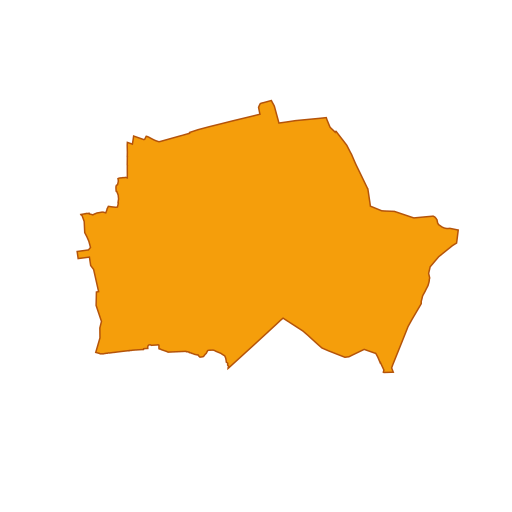 outline of Nunspeet, Gelderland, Netherlands, rotated 295°
{"feature_id": "6326949B93829064241629", "entity_name": "Nunspeet", "entity_type": "district", "adm_level": 2, "iso_a3": "NLD", "parent_name": "Netherlands", "parent_adm1": "Gelderland", "projection": "albers", "projection_center": [5.765, 52.337], "detail": "fine", "context": "isolated", "style": "filled", "palette": "amber", "viewbox_px": 512, "rotation_deg": 295, "n_neighbors": 0, "source": "geoboundaries", "source_scale": "gbopen_adm2", "svg_char_len": 5729}
<svg xmlns="http://www.w3.org/2000/svg" viewBox="0 0 512 512"><g transform="rotate(295 256 256)"><path d="M365.0,428.3L363.0,420.0L362.5,419.2L361.6,417.5L361.0,415.2L360.9,414.2L360.9,412.2L361.3,410.1L361.5,408.7L361.6,408.4L361.8,407.9L362.1,407.5L362.4,407.1L362.6,406.7L363.6,406.0L364.2,405.5L365.1,404.9L365.4,404.6L365.6,404.1L366.0,403.6L366.8,401.9L366.9,401.5L367.0,399.7L365.4,397.0L364.5,395.4L357.3,383.1L357.2,382.8L356.9,380.3L355.4,366.9L354.9,362.5L351.2,353.7L350.1,350.8L349.6,340.3L349.5,338.6L352.3,336.8L362.3,330.2L364.2,328.9L364.2,328.7L365.1,327.6L374.9,315.6L380.8,308.3L382.6,306.2L388.5,299.6L389.8,297.8L394.7,291.5L397.8,285.6L398.8,283.6L402.7,276.1L402.8,275.8L402.7,275.7L402.0,275.0L401.8,275.1L403.8,269.2L404.1,268.6L404.8,267.8L409.5,262.7L411.1,261.2L408.2,256.4L395.4,234.6L390.6,227.4L386.2,220.6L399.2,209.6L399.8,209.0L401.1,207.3L401.7,206.4L403.4,204.2L397.9,197.7L397.4,197.0L396.0,195.5L393.9,195.4L391.8,195.5L387.4,198.7L386.2,199.7L382.2,194.8L368.5,177.6L361.1,168.5L353.6,159.2L346.0,150.1L339.9,143.6L339.2,144.0L319.3,120.8L319.0,120.4L318.6,119.8L318.5,119.5L318.2,117.1L318.1,115.4L318.1,114.5L318.1,114.1L318.2,111.7L318.4,108.3L318.3,106.8L318.2,106.1L318.1,105.9L314.8,105.8L314.4,105.5L314.1,105.2L313.0,94.4L309.1,95.6L305.1,96.7L304.9,94.2L304.6,91.4L302.1,92.4L295.6,95.6L292.2,97.1L291.8,97.4L291.7,97.3L290.8,97.8L285.7,100.1L284.1,100.8L283.9,101.1L283.7,101.1L280.9,102.4L277.7,103.9L275.2,105.1L273.1,106.0L272.5,106.3L272.5,106.2L272.3,105.7L272.1,104.6L272.0,104.3L271.8,104.1L271.5,103.8L271.4,103.5L271.0,102.8L270.8,102.2L270.2,101.5L269.7,100.5L269.0,99.4L268.3,98.6L267.9,98.3L267.8,98.2L266.4,99.2L265.4,99.6L265.1,99.8L264.4,99.9L263.5,100.1L262.4,100.3L261.9,100.3L261.7,100.1L261.3,99.7L261.1,99.6L260.0,99.7L259.0,100.1L258.5,100.3L255.7,101.8L255.5,102.1L255.6,102.6L254.7,103.5L254.2,104.1L253.7,104.6L253.3,105.0L252.9,105.4L249.5,107.4L249.0,107.5L246.4,108.3L246.5,108.4L245.4,109.0L243.5,109.4L241.8,109.7L241.3,109.0L241.0,108.5L240.8,108.1L239.5,104.2L238.7,101.4L238.6,101.2L237.5,101.2L235.8,101.1L234.6,101.4L231.6,101.6L231.2,99.1L231.1,98.7L230.5,97.6L228.6,94.9L228.0,94.0L227.6,93.5L227.2,93.1L226.5,92.6L225.7,91.7L225.0,91.3L224.3,90.7L224.3,90.2L224.1,89.2L224.0,88.5L223.8,87.9L223.7,87.7L223.6,87.3L223.7,87.2L223.9,87.2L224.0,87.1L224.1,86.9L224.2,86.7L223.8,86.5L223.7,86.5L223.7,86.4L223.8,86.1L223.6,85.7L223.4,85.4L223.2,85.2L223.1,84.8L223.1,84.7L223.0,84.4L222.6,84.0L222.3,83.8L222.3,83.7L222.2,83.2L221.7,82.8L221.5,82.5L221.4,82.3L219.6,79.7L219.3,80.1L219.2,81.2L214.7,85.7L204.8,90.9L201.8,94.8L198.6,98.4L193.8,102.4L190.7,101.6L184.5,92.0L178.5,95.9L184.6,105.5L177.5,110.2L175.2,114.5L157.2,128.4L155.9,126.6L143.6,132.0L131.4,143.6L124.8,144.9L115.8,149.2L100.9,151.5L101.4,154.5L101.5,154.7L101.5,155.2L101.5,156.1L101.7,156.7L102.0,157.1L102.2,157.8L102.5,158.2L102.6,158.6L102.8,159.0L103.2,159.5L103.5,159.8L103.8,160.4L104.2,160.9L104.6,161.4L104.9,162.2L105.9,163.3L106.0,163.5L106.0,163.8L106.1,164.1L106.4,164.5L106.7,164.9L106.8,165.2L108.2,167.3L108.6,168.1L109.0,168.7L110.1,170.4L113.9,176.5L115.0,178.3L115.3,178.7L115.4,179.1L115.6,179.3L116.1,180.0L116.3,180.8L116.6,181.2L116.8,181.1L116.9,181.3L117.0,181.5L117.2,181.8L117.5,182.5L117.9,183.2L118.3,183.6L118.6,184.2L119.2,185.2L119.6,186.0L120.0,186.6L120.2,187.1L120.8,188.1L121.1,188.7L122.9,192.0L123.2,192.7L123.7,193.6L123.8,193.6L124.0,193.6L124.3,193.3L124.5,193.3L125.7,195.5L126.5,197.0L127.6,196.4L127.9,196.3L128.8,196.1L129.2,196.1L129.5,196.2L130.1,196.5L130.4,196.9L130.7,197.4L130.9,197.8L130.9,198.0L130.8,198.6L130.8,198.9L131.5,200.1L133.1,203.1L133.5,203.8L133.5,204.0L133.9,204.3L134.0,204.4L134.2,204.9L134.2,205.2L134.2,205.4L134.1,205.7L133.1,206.2L131.2,207.1L130.9,207.5L131.0,207.6L131.0,208.1L131.1,208.3L131.3,208.7L131.2,209.2L131.1,209.4L131.1,209.6L131.7,215.1L131.7,216.1L131.7,216.4L131.7,216.7L131.8,217.1L134.0,221.3L135.2,223.6L139.2,231.3L140.0,232.8L139.8,233.1L139.8,233.4L140.0,233.9L140.4,234.7L140.4,234.9L140.4,235.2L140.4,235.4L140.6,235.8L140.5,236.2L140.5,236.4L140.3,236.5L140.4,237.1L140.6,237.7L140.7,238.5L140.6,239.0L140.8,239.8L140.9,241.5L141.0,242.4L141.3,243.5L141.5,244.7L141.8,244.9L141.9,245.0L141.8,245.3L141.8,245.5L141.7,245.7L141.4,246.1L141.2,246.4L140.7,247.7L140.7,247.8L140.7,248.0L141.6,249.5L142.5,250.7L142.8,250.9L143.1,251.0L144.6,251.3L145.7,251.6L146.6,252.0L147.4,252.1L148.8,252.1L149.7,252.2L149.9,252.2L150.1,252.4L150.2,252.5L150.5,252.9L151.0,253.7L152.6,256.9L152.8,258.1L152.8,258.6L152.7,259.8L152.7,260.2L152.9,264.5L152.9,265.4L152.6,267.2L152.3,269.7L152.2,269.9L152.1,270.1L150.5,271.8L149.1,272.8L148.4,273.3L147.3,273.9L147.2,274.0L147.1,274.9L147.0,275.2L147.0,275.4L146.8,275.7L146.4,276.0L145.4,276.2L145.1,276.4L145.0,276.6L144.7,277.5L144.2,277.9L143.6,277.8L143.2,277.9L142.3,278.2L142.7,278.4L174.1,291.5L202.8,303.3L207.9,305.3L211.1,306.8L207.8,330.5L207.7,330.6L206.1,336.4L204.9,340.1L204.5,341.4L201.9,349.8L200.5,354.6L200.7,362.0L201.0,366.5L201.1,368.4L201.2,370.0L201.8,379.4L202.7,380.8L203.6,382.2L203.7,382.4L203.8,382.6L204.3,383.1L206.7,385.0L217.1,393.5L217.3,395.7L218.2,404.8L218.3,405.1L218.4,405.4L218.4,405.6L218.2,405.9L217.0,407.6L215.6,409.4L211.7,413.7L212.0,413.8L206.7,420.1L204.5,420.5L204.5,421.2L208.7,429.5L211.9,426.2L215.2,425.9L239.4,424.6L255.1,423.7L256.1,423.6L264.6,424.2L282.6,425.9L284.8,424.9L286.6,424.6L288.2,424.3L289.4,424.0L290.3,423.9L291.2,423.9L295.4,424.2L297.4,424.2L301.9,424.4L305.5,423.8L307.0,423.4L307.9,423.0L309.5,422.7L313.2,419.8L319.8,418.4L332.6,421.9L341.2,426.1L348.3,429.6L349.6,430.4L352.5,432.3L357.3,430.8L365.0,428.3Z" fill="#f59e0b" stroke="#b45309" stroke-width="1.5"/></g></svg>